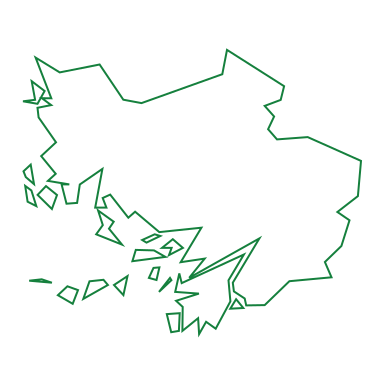 the Region of Finland Proper
{"feature_id": "FIN-3191", "entity_name": "Finland Proper", "entity_type": "Region", "adm_level": 1, "iso_a3": "FIN", "parent_name": "Finland", "parent_adm1": "", "projection": "orthographic", "projection_center": [22.144, 60.47], "detail": "medium", "context": "isolated", "style": "outline", "palette": "green", "viewbox_px": 384, "rotation_deg": 0, "n_neighbors": 0, "source": "natural_earth", "source_scale": "10m", "svg_char_len": 1878}
<svg xmlns="http://www.w3.org/2000/svg" viewBox="0 0 384 384"><path d="M264.7,305.1L246.2,305.4L244.7,298.5L233.9,291.4L232.8,282.7L259.4,238.4L189.2,277.8L204.7,258.6L180.7,262.2L201.4,227.7L159.3,232.1L135.1,211.7L128.3,217.7L110.2,194.6L102.7,198.0L106.4,207.6L95.2,207.6L102.4,168.9L79.8,184.5L77.1,202.9L66.5,203.7L61.6,184.4L69.3,184.4L47.9,180.9L55.7,173.8L41.2,156.1L56.0,142.3L38.6,117.4L37.5,107.8L51.2,105.1L41.9,98.2L51.3,98.3L35.6,57.6L59.7,72.4L99.6,64.5L123.3,99.7L141.5,103.1L222.3,74.2L227.0,49.9L284.1,86.2L280.7,99.9L264.7,105.9L274.1,116.5L268.1,129.2L277.0,139.4L307.7,137.1L361.0,160.9L357.9,196.1L337.4,212.0L349.5,220.3L341.4,246.0L324.9,262.0L331.5,277.3L289.4,281.2L264.7,305.1ZM181.7,283.1L243.9,254.5L228.5,280.3L230.4,301.4L215.7,328.7L206.1,321.8L199.1,334.1L198.1,318.2L182.4,330.9L182.7,306.9L176.1,300.8L198.9,293.6L175.2,291.9L179.3,273.4L181.7,283.1ZM122.0,244.6L96.2,234.3L102.8,225.1L98.1,210.5L113.7,221.7L109.0,228.7L122.0,244.6ZM135.8,249.9L154.0,250.4L165.4,256.9L132.4,261.2L135.8,249.9ZM89.5,281.3L103.5,279.8L107.9,285.0L83.3,298.9L89.5,281.3ZM57.9,295.2L67.4,286.3L78.0,290.1L72.7,303.8L57.9,295.2ZM46.0,186.1L57.0,195.0L51.9,209.0L37.6,194.9L46.0,186.1ZM166.8,314.1L179.7,313.2L178.9,330.9L171.2,332.2L166.8,314.1ZM37.5,103.8L23.0,101.3L35.1,99.8L31.7,81.2L44.6,91.0L37.5,103.8ZM171.6,247.9L162.0,247.9L172.8,239.2L182.9,247.9L169.0,255.1L171.6,247.9ZM127.5,276.1L123.4,295.1L114.0,285.0L127.5,276.1ZM29.2,280.7L41.7,279.3L51.9,282.7L29.2,280.7ZM148.9,277.9L153.5,267.9L159.4,267.4L156.5,280.0L148.9,277.9ZM236.1,299.2L243.3,308.0L230.3,308.7L236.1,299.2ZM36.3,206.1L27.6,201.7L25.2,185.9L31.4,190.5L36.3,206.1ZM34.0,184.1L25.8,177.1L23.5,171.3L30.7,164.6L34.0,184.1ZM159.0,291.9L170.0,277.9L171.4,280.2L159.0,291.9ZM160.3,236.0L146.5,242.6L142.2,240.0L154.7,234.3L160.3,236.0Z" fill="none" stroke="#15803d" stroke-width="2"/></svg>